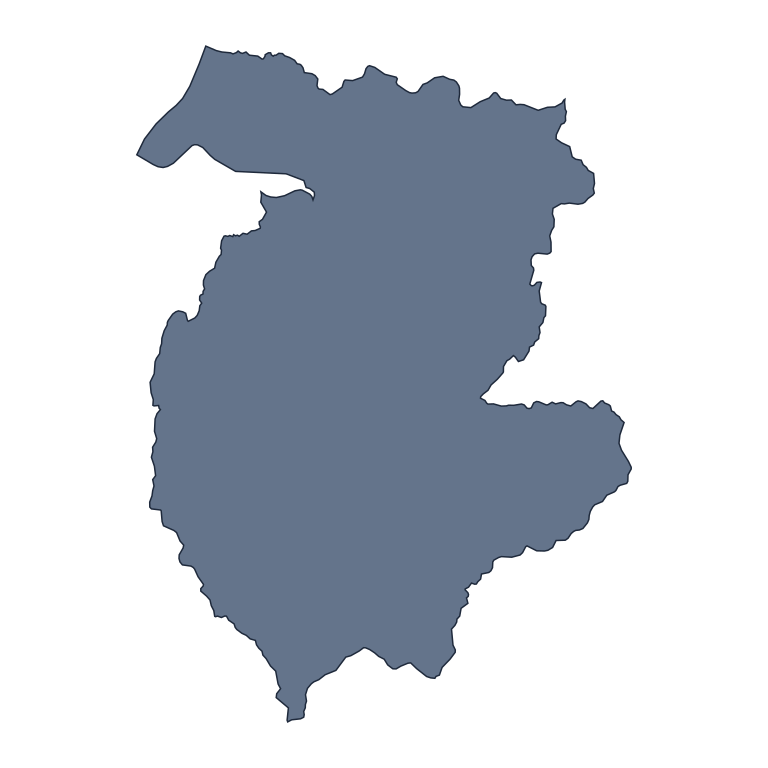 La-Un, Ranong, Thailand (orthographic projection)
{"feature_id": "78962969B34632522094222", "entity_name": "La-Un", "entity_type": "district", "adm_level": 2, "iso_a3": "THA", "parent_name": "Thailand", "parent_adm1": "Ranong", "projection": "orthographic", "projection_center": [98.781, 10.072], "detail": "fine", "context": "isolated", "style": "filled", "palette": "slate", "viewbox_px": 768, "rotation_deg": 0, "n_neighbors": 0, "source": "geoboundaries", "source_scale": "gbopen_adm2", "svg_char_len": 6051}
<svg xmlns="http://www.w3.org/2000/svg" viewBox="0 0 768 768"><path d="M205.8,46.1L199.1,64.1L189.8,86.3L182.6,98.5L176.2,105.4L168.4,111.9L156.1,123.9L144.5,139.0L136.8,154.8L153.2,164.5L158.0,166.7L163.1,167.5L167.6,166.4L173.4,163.2L192.0,145.6L194.4,144.7L197.4,144.8L202.8,147.5L210.2,155.4L214.8,159.4L235.6,171.4L286.1,173.8L303.9,180.6L306.1,187.5L309.7,188.5L314.3,192.2L314.5,195.6L313.0,199.9L311.8,196.4L309.7,194.1L302.3,190.2L300.4,189.8L294.9,190.8L284.6,195.7L276.4,197.5L270.7,197.0L266.0,195.5L260.9,191.8L261.5,194.9L260.8,202.2L266.5,212.1L262.5,219.3L259.2,221.7L259.3,224.4L260.4,226.9L260.2,228.3L255.2,230.5L251.4,230.9L247.1,234.2L243.0,233.3L239.2,236.3L237.5,235.2L235.4,235.8L233.6,234.7L232.8,236.6L229.7,235.5L227.9,236.4L225.3,235.8L224.0,236.2L221.6,240.8L220.6,248.3L221.5,250.1L221.1,254.5L219.3,256.3L215.9,262.2L214.6,268.2L209.6,271.2L205.9,274.6L203.5,280.6L203.4,285.0L204.6,288.9L203.1,291.3L203.0,294.0L200.5,295.2L199.7,296.5L199.6,300.0L201.7,303.1L199.8,305.8L199.2,310.7L197.2,315.4L194.8,318.0L188.2,321.3L187.4,320.2L185.7,313.3L182.8,311.8L178.4,310.9L175.8,311.8L172.7,314.1L168.2,320.5L167.4,322.3L167.2,325.1L164.2,330.7L161.9,338.2L161.6,343.8L160.3,347.4L159.7,353.6L156.4,358.4L155.1,361.8L154.2,373.8L150.1,382.3L151.1,392.7L153.3,399.6L152.9,405.3L154.0,405.9L158.6,405.5L159.1,408.2L160.4,409.6L157.0,413.7L155.1,418.9L154.5,431.3L156.7,438.6L155.8,442.1L152.6,447.2L152.9,451.7L151.4,457.2L154.4,466.2L155.6,475.7L152.7,479.6L154.0,486.0L152.7,490.6L152.0,495.9L149.7,502.1L149.8,507.1L151.4,508.9L160.6,510.0L161.2,510.9L162.1,521.5L163.5,525.8L174.0,530.5L176.6,532.6L180.1,541.1L183.7,545.1L183.1,548.0L179.2,554.8L179.0,558.5L180.0,562.0L182.4,564.9L191.0,566.1L193.3,567.5L194.6,569.1L198.1,576.8L203.5,584.4L203.1,586.1L200.8,588.6L200.8,591.1L206.6,596.1L210.0,600.0L211.3,605.7L213.8,610.6L214.7,616.3L215.5,616.7L217.5,616.1L221.4,617.5L224.8,616.0L226.5,616.2L228.7,620.2L234.1,623.9L235.2,627.4L236.8,629.5L241.9,633.3L246.2,635.3L250.2,638.9L255.4,640.4L256.5,644.8L258.8,648.2L262.0,651.2L262.9,655.1L266.1,658.6L270.5,666.0L275.7,671.1L278.1,684.0L280.6,688.7L276.7,693.7L276.2,697.6L288.4,707.9L287.1,720.2L287.7,721.9L291.7,719.8L300.6,718.8L303.7,717.2L304.2,714.7L303.7,711.5L305.3,707.8L305.4,704.5L306.5,701.1L305.5,694.7L307.5,688.3L311.4,683.7L313.9,681.8L318.8,679.7L325.2,674.7L335.9,670.4L345.8,657.1L350.8,655.7L359.2,651.0L363.6,647.7L365.6,647.8L369.6,649.5L374.6,652.8L378.7,656.4L384.2,659.2L387.7,664.9L392.8,668.8L396.1,668.9L400.9,666.1L407.9,663.2L410.7,662.9L416.6,668.6L426.6,676.5L430.8,677.9L434.9,678.3L436.0,676.4L439.4,675.1L442.1,667.4L450.1,659.1L455.2,652.3L455.3,649.9L453.0,645.1L451.5,629.1L454.9,625.4L456.7,622.0L456.9,619.2L459.7,616.1L461.1,608.3L467.9,603.3L466.5,597.9L468.2,596.4L468.5,594.6L467.9,592.7L465.1,589.8L465.2,588.9L468.5,587.2L471.5,583.1L474.7,584.2L476.4,584.0L477.8,581.7L480.6,579.1L481.5,574.0L488.8,572.5L490.9,570.8L492.5,567.7L492.8,561.9L493.9,560.1L498.6,557.5L501.4,556.6L511.8,557.2L520.1,555.0L522.6,552.6L525.7,546.7L527.0,545.9L536.7,550.8L544.5,551.0L547.9,550.3L552.6,547.5L556.1,540.5L565.3,540.2L568.0,538.3L571.2,533.5L573.7,531.4L575.7,530.4L579.4,530.0L582.9,528.5L587.4,522.9L588.9,519.4L589.2,515.5L590.3,511.4L592.7,507.0L594.7,504.8L602.5,501.5L606.8,495.2L614.5,491.8L615.9,490.5L618.0,486.5L620.3,485.2L626.7,483.4L627.8,481.3L628.0,474.8L631.2,469.0L631.2,467.2L628.4,461.4L621.5,450.2L619.0,443.3L619.9,434.9L624.1,422.5L621.0,419.8L619.3,416.8L616.0,414.6L614.0,412.1L611.6,411.0L610.3,406.0L608.8,404.7L604.6,403.0L602.8,400.8L600.9,401.1L592.9,408.5L589.6,407.7L586.0,403.9L581.4,401.6L578.0,400.9L576.0,401.8L570.8,406.0L566.5,404.8L563.1,402.7L560.8,402.6L555.6,403.9L552.1,402.2L547.8,404.8L546.2,404.9L538.8,401.8L536.5,401.5L533.7,402.9L531.3,407.9L529.1,408.6L527.0,408.2L524.2,404.9L521.5,404.0L513.8,405.3L508.5,405.2L506.5,405.9L501.3,406.1L493.5,403.9L488.0,404.1L486.8,403.3L484.9,400.4L480.5,398.2L480.7,396.6L483.3,393.9L488.0,390.3L491.1,384.9L497.3,379.3L502.9,372.9L503.4,371.9L503.5,366.5L506.9,360.7L509.6,359.2L513.4,355.6L515.3,357.1L518.4,361.5L523.6,359.8L529.0,351.1L529.5,347.1L533.6,345.1L534.7,342.0L538.7,338.7L538.9,335.6L540.0,332.6L539.2,326.9L542.9,322.5L543.9,317.6L545.5,315.8L545.9,306.5L545.3,305.2L541.7,303.7L540.6,302.2L539.2,291.0L541.5,282.6L540.1,282.0L536.9,282.4L534.3,285.2L532.6,285.8L531.4,285.7L529.8,284.1L533.8,270.2L533.5,268.0L531.3,265.5L531.0,259.9L532.1,256.7L534.6,253.9L537.9,253.2L547.2,254.1L549.8,253.1L551.1,251.6L551.0,242.1L549.7,235.9L551.7,230.3L553.9,226.8L554.2,219.3L552.4,214.0L553.0,208.3L561.2,203.6L564.4,203.9L569.3,203.1L578.0,204.2L582.7,203.4L584.9,202.1L588.0,198.5L592.9,195.0L594.3,193.1L593.3,188.5L594.5,183.5L593.6,173.4L588.2,170.4L586.4,167.3L583.1,164.7L581.2,160.2L575.6,159.2L572.2,156.8L569.7,146.6L561.4,142.7L556.1,139.0L556.3,134.7L561.2,124.3L564.1,123.1L565.6,120.6L565.4,116.2L566.4,111.6L565.2,109.3L564.6,102.1L564.9,99.3L563.8,100.1L562.1,103.0L555.0,106.9L547.4,107.3L538.2,110.3L524.0,104.7L520.2,104.4L516.0,104.8L511.4,100.0L506.5,100.2L500.7,98.5L496.7,93.2L495.2,92.6L493.6,93.0L489.2,98.0L480.2,101.7L470.9,107.6L462.8,106.8L460.7,104.9L458.7,100.3L459.6,94.3L459.5,88.3L458.9,85.9L456.4,82.0L453.9,80.1L449.7,79.3L443.1,76.3L434.6,77.8L427.2,82.9L423.0,84.4L418.0,91.5L415.6,92.8L412.0,93.1L409.5,92.6L405.8,90.6L397.3,84.7L396.2,82.3L397.3,78.8L396.2,77.2L384.7,74.3L374.8,67.4L369.5,65.7L367.8,66.4L366.0,68.7L364.5,73.8L362.5,77.1L352.7,80.6L345.1,80.0L343.9,81.4L342.1,87.2L332.3,94.0L330.0,94.6L322.9,89.4L319.2,89.1L318.0,88.1L317.0,85.6L317.8,79.0L315.2,75.6L311.9,73.7L304.3,72.6L303.0,67.8L301.2,65.2L299.9,64.3L297.1,63.8L294.6,60.3L289.6,57.5L284.7,55.8L282.5,53.6L278.8,53.3L276.1,55.2L274.4,55.2L273.2,56.2L271.4,54.9L270.6,52.8L268.4,52.8L265.2,54.7L265.0,56.3L263.4,58.8L262.1,59.1L257.8,56.1L249.4,55.2L246.0,52.0L242.5,53.4L240.4,52.8L238.1,51.0L236.4,52.6L233.0,53.9L230.5,52.8L221.9,52.0L216.3,50.6L205.8,46.1Z" fill="#64748b" stroke="#1e293b" stroke-width="1.5"/></svg>